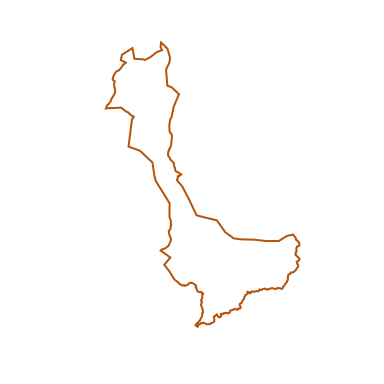 the district of Sagsai, Bayan-Ölgiy, Mongolia, rotated 300°
{"feature_id": "93677404B38379350296710", "entity_name": "Sagsai", "entity_type": "district", "adm_level": 2, "iso_a3": "MNG", "parent_name": "Mongolia", "parent_adm1": "Bayan-Ölgiy", "projection": "mercator", "projection_center": [88.996, 48.517], "detail": "fine", "context": "isolated", "style": "outline", "palette": "amber", "viewbox_px": 384, "rotation_deg": 300, "n_neighbors": 0, "source": "geoboundaries", "source_scale": "gbopen_adm2", "svg_char_len": 5988}
<svg xmlns="http://www.w3.org/2000/svg" viewBox="0 0 384 384"><g transform="rotate(300 192 192)"><path d="M191.8,181.0L193.3,177.2L194.6,173.1L195.3,173.1L195.9,172.8L196.9,172.9L197.5,172.3L198.4,171.8L198.7,171.9L199.2,172.3L199.3,172.8L199.9,172.9L200.2,173.1L200.8,173.0L201.1,173.5L201.7,174.0L202.0,173.9L201.6,172.2L201.7,171.8L202.2,171.1L202.3,170.6L201.9,169.4L201.8,168.8L201.9,167.4L202.2,166.8L203.6,165.9L204.0,165.3L205.0,164.5L205.4,163.8L206.8,162.5L207.8,162.2L209.4,157.0L210.7,155.2L211.2,153.7L211.7,153.0L214.9,151.3L216.9,151.4L217.5,151.1L217.6,150.8L218.0,150.8L219.0,151.1L222.4,150.4L230.5,146.7L230.9,146.5L232.4,144.3L232.8,142.7L238.1,139.1L244.4,136.7L246.1,137.0L256.8,133.5L270.2,131.8L272.5,121.9L271.7,117.5L285.1,108.3L292.6,107.7L297.2,106.0L303.9,99.0L306.0,90.5L301.9,92.2L299.9,95.1L295.3,91.4L287.9,88.5L282.7,85.1L282.6,83.6L278.6,75.7L279.0,75.2L286.8,68.5L275.9,62.7L270.6,64.4L271.0,70.0L270.4,70.0L269.1,69.5L268.0,68.9L267.8,68.6L265.6,68.7L261.0,68.0L258.5,66.2L256.2,65.9L253.0,66.0L249.6,67.1L249.3,69.7L246.3,70.7L245.1,71.4L242.6,73.9L240.3,75.4L238.2,75.7L237.5,75.9L232.8,75.7L229.8,76.2L228.7,76.2L227.6,75.9L226.5,75.9L226.0,75.7L225.4,75.3L224.7,75.2L221.3,75.7L222.5,77.3L225.7,82.4L229.7,88.6L228.7,94.4L228.9,95.9L229.1,96.3L229.0,96.5L228.9,96.7L228.9,97.5L228.9,97.8L228.3,98.8L228.3,100.1L228.2,100.8L227.8,101.6L228.0,102.7L228.2,103.4L228.2,103.8L227.7,104.0L224.6,103.8L224.3,103.9L223.7,104.2L223.5,104.5L222.7,104.6L199.6,114.3L201.7,126.3L197.8,143.0L187.5,151.1L183.5,155.0L171.0,178.3L163.9,182.2L158.8,185.2L158.2,186.1L156.2,188.3L154.7,189.1L153.8,189.5L153.5,190.2L151.3,190.8L149.2,191.8L147.5,191.6L146.9,191.3L145.6,192.0L145.0,192.5L144.5,192.9L143.5,194.1L142.9,194.6L141.0,197.2L138.8,198.1L136.3,198.2L135.0,198.6L133.7,198.6L131.8,197.7L130.3,197.3L129.3,196.5L127.5,194.9L126.3,194.2L125.6,194.1L125.5,195.9L124.4,206.0L115.1,204.4L112.1,211.9L107.5,220.3L106.7,225.6L106.4,226.2L106.2,226.8L106.3,228.7L106.1,229.6L106.2,230.2L106.7,230.8L107.4,232.1L107.0,232.3L107.1,232.7L107.5,233.1L109.2,234.4L109.6,234.8L111.0,234.8L111.7,235.6L112.6,235.9L113.1,236.7L112.9,237.0L113.2,237.5L113.4,238.5L113.3,238.9L113.4,239.7L113.1,241.1L113.1,241.9L113.0,242.1L112.6,242.5L112.3,242.5L111.9,242.7L111.8,242.9L111.6,242.7L111.3,242.8L110.7,243.5L110.2,244.7L109.7,245.4L108.7,246.4L108.7,246.9L108.9,247.7L108.9,248.3L109.2,249.0L109.8,249.4L109.9,249.7L109.9,250.2L109.8,250.8L109.4,251.4L109.7,251.6L109.7,252.2L109.6,252.4L108.9,252.6L108.2,252.4L107.8,252.5L105.4,253.9L104.5,253.8L103.4,254.1L102.8,254.0L102.5,254.6L102.0,254.8L101.9,255.3L101.4,255.4L100.7,256.0L100.3,256.1L99.1,256.0L98.4,256.5L97.9,257.3L95.1,260.6L93.6,261.2L93.1,261.8L92.6,261.8L92.2,261.5L91.2,261.8L90.2,262.5L89.2,262.8L85.8,262.9L85.0,263.1L83.9,262.9L83.0,262.6L82.0,262.6L80.9,262.0L78.4,261.6L78.3,262.0L78.3,262.9L78.0,263.9L78.0,264.1L78.1,264.3L78.3,264.3L80.3,263.9L81.1,264.4L81.3,264.8L81.5,265.0L82.5,265.5L83.2,265.4L83.5,266.3L83.8,266.9L84.6,267.3L84.4,267.7L84.4,268.0L84.7,268.4L84.7,268.9L84.9,269.6L84.6,270.4L84.6,270.6L85.0,271.2L86.0,272.4L86.2,273.3L86.8,273.7L87.4,273.9L87.7,273.9L87.9,274.3L89.9,275.6L90.9,276.0L91.4,275.9L92.4,275.1L93.5,274.7L93.9,274.3L94.3,273.6L95.0,273.3L96.5,274.2L97.4,274.4L98.3,274.5L97.8,276.3L97.3,276.7L97.2,277.0L97.0,277.9L97.3,278.5L98.1,279.2L99.3,279.3L99.6,279.2L99.9,278.6L100.8,278.1L101.2,278.4L101.9,279.9L102.3,280.0L103.0,280.0L103.3,280.4L103.3,280.9L103.5,281.2L104.2,281.8L104.8,282.7L104.6,283.3L104.9,284.1L105.4,284.3L105.8,284.3L106.2,284.8L106.7,284.9L107.4,284.9L108.5,284.4L109.6,285.7L110.2,286.0L110.6,286.5L111.3,286.8L111.6,287.4L112.5,287.9L112.4,289.0L112.5,289.7L112.8,290.3L113.4,290.5L114.3,290.4L114.6,291.0L115.4,292.0L116.2,291.9L116.8,291.3L117.4,291.1L117.5,290.3L117.7,290.1L118.7,289.3L119.8,289.6L120.9,290.4L121.4,290.5L122.8,290.0L123.3,290.1L125.0,290.4L126.7,290.1L127.7,289.7L128.2,290.0L129.5,289.8L131.2,290.9L131.4,290.9L131.6,290.9L133.2,289.8L133.4,290.1L133.3,290.4L133.6,290.7L133.6,291.2L133.4,291.4L133.5,291.5L133.4,291.9L133.3,292.0L133.2,292.2L133.4,292.4L133.6,293.0L134.1,293.0L134.4,293.5L135.1,293.3L135.4,293.6L135.6,293.4L135.9,293.9L136.2,294.9L136.8,295.3L137.0,296.2L137.6,296.6L138.5,297.4L138.6,298.2L138.9,298.6L139.3,299.0L140.1,299.3L141.3,299.2L141.6,299.8L141.6,300.9L142.4,301.4L143.3,301.7L143.5,302.1L144.3,302.9L144.6,303.6L144.9,303.7L144.9,304.3L144.8,305.0L144.8,305.3L145.3,305.8L145.5,306.4L146.1,306.7L147.0,307.8L147.4,308.2L147.9,308.4L148.5,309.1L149.1,310.1L149.1,311.0L149.3,311.3L149.4,312.0L149.9,313.0L150.4,313.5L151.3,314.0L151.6,314.1L151.5,314.3L151.6,314.2L151.9,314.6L152.0,315.3L152.3,315.6L152.5,316.0L152.9,317.6L152.6,317.9L152.9,317.8L152.9,318.1L153.2,318.2L153.4,318.5L154.4,318.5L155.2,318.2L155.7,318.5L156.5,318.5L157.9,318.8L159.0,318.6L160.3,319.0L161.5,319.2L163.0,318.8L163.8,319.0L164.7,318.5L165.0,318.2L165.4,317.9L165.8,318.0L166.2,317.8L167.1,317.1L168.3,316.8L169.0,317.4L169.8,317.3L170.0,317.6L170.7,318.0L171.5,317.9L171.9,318.4L172.4,318.7L172.9,319.7L173.3,320.0L174.0,320.3L175.5,320.6L176.3,321.0L177.6,320.9L178.2,321.0L178.8,320.9L179.7,321.0L180.4,321.3L181.7,320.6L182.3,319.4L182.4,319.0L183.2,318.6L184.0,317.6L184.6,318.2L185.3,318.4L185.9,318.5L186.4,318.8L186.8,318.6L187.7,318.7L188.0,317.7L188.5,317.0L188.4,316.5L188.8,315.8L188.8,315.4L189.1,314.3L189.2,313.6L189.4,313.5L189.4,313.0L190.2,312.3L191.4,312.5L191.9,312.4L192.1,312.1L192.3,312.3L192.6,312.3L193.9,311.6L194.1,311.3L195.4,310.5L195.6,310.6L196.2,310.5L197.0,310.3L197.7,310.4L197.9,310.9L198.3,311.3L199.4,311.8L199.7,311.6L200.6,310.8L201.2,310.6L201.7,310.1L201.7,309.6L202.1,308.6L202.3,308.1L202.7,307.8L202.5,306.6L202.7,305.8L203.0,305.5L204.0,305.1L205.7,300.8L201.2,296.0L193.0,291.7L186.9,281.3L181.7,269.5L175.1,257.3L172.7,251.2L173.8,240.8L179.9,227.7L177.2,218.7L174.1,207.6L185.2,191.5L191.8,181.0Z" fill="none" stroke="#b45309" stroke-width="2"/></g></svg>